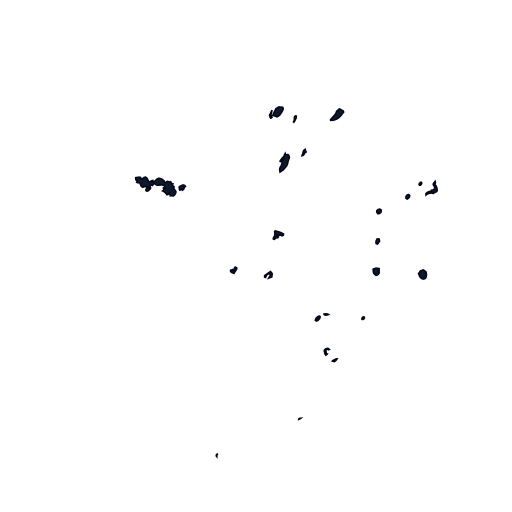 the Division of Eastern, rotated 42°
{"feature_id": "FJI-2618", "entity_name": "Eastern", "entity_type": "Division", "adm_level": 1, "iso_a3": "FJI", "parent_name": "Fiji", "parent_adm1": "", "projection": "equal_earth", "projection_center": [179.768, -18.91], "detail": "fine", "context": "isolated", "style": "filled", "palette": "ink", "viewbox_px": 512, "rotation_deg": 42, "n_neighbors": 0, "source": "natural_earth", "source_scale": "10m", "svg_char_len": 5766}
<svg xmlns="http://www.w3.org/2000/svg" viewBox="0 0 512 512"><g transform="rotate(42 256 256)"><path d="M149.6,261.0L150.2,260.9L152.9,261.5L153.7,261.9L154.3,263.2L154.7,265.1L154.5,266.7L153.0,267.7L151.9,268.7L151.4,268.1L150.6,267.8L149.1,267.4L149.5,268.3L149.5,269.1L149.2,269.7L148.6,270.2L147.7,269.8L146.1,269.7L144.3,269.8L143.0,270.2L143.2,269.5L143.4,268.1L143.5,267.4L142.9,267.9L142.4,268.0L142.0,267.8L141.5,267.4L141.8,267.0L142.2,266.4L142.5,266.1L140.5,265.1L138.6,266.1L135.4,269.5L134.3,269.9L133.1,269.9L132.2,270.1L131.8,271.2L131.8,273.2L131.7,273.7L131.4,272.3L130.7,273.0L130.4,274.1L130.6,275.1L131.1,275.6L132.2,275.9L132.5,276.8L132.4,279.3L132.2,280.0L131.7,280.7L131.0,281.1L130.4,281.0L129.7,280.4L129.6,279.5L129.8,277.0L128.7,278.1L128.3,278.3L127.3,278.3L126.6,279.3L126.2,280.2L125.7,280.8L124.6,281.0L123.4,280.8L121.5,279.8L120.5,279.6L118.9,280.9L118.0,281.1L117.7,279.6L117.2,279.6L116.6,280.0L115.8,279.8L115.0,279.2L114.1,278.3L116.4,275.5L117.7,274.8L119.2,275.6L119.9,274.8L120.2,272.6L120.8,271.5L121.6,271.1L122.4,271.0L126.6,272.4L127.3,272.3L127.7,271.5L127.8,270.6L128.1,269.6L128.8,268.8L129.8,269.8L130.5,268.9L130.8,267.1L130.8,265.3L131.8,263.1L134.5,261.8L137.4,261.6L139.5,262.7L140.1,259.8L140.6,259.4L141.7,259.3L142.0,259.1L142.3,258.6L142.6,258.1L143.3,257.9L144.0,258.1L144.6,258.4L145.3,258.5L146.0,257.9L146.6,259.3L149.0,259.4L149.6,261.0ZM217.4,165.6L218.5,168.3L218.7,173.7L217.7,177.6L215.6,175.9L214.8,174.6L214.2,171.9L213.8,170.7L212.4,168.4L211.9,167.3L211.5,165.6L211.2,166.6L211.4,168.7L211.2,169.4L210.6,169.6L210.2,168.9L209.9,166.0L210.0,163.2L209.8,162.7L209.2,161.2L209.0,160.2L209.8,160.8L210.3,160.8L211.9,159.1L212.3,159.1L212.8,159.3L213.8,159.5L214.9,160.4L216.7,164.6L217.4,165.6ZM225.2,94.7L225.1,97.3L224.6,99.6L223.8,101.5L222.7,103.3L220.7,105.3L220.1,104.8L220.1,98.8L220.0,97.2L219.6,95.8L219.0,94.4L219.3,93.0L219.2,91.7L219.8,90.6L222.8,90.1L223.5,89.8L224.2,89.9L225.0,90.6L224.9,91.2L225.2,94.7ZM175.0,128.6L175.5,128.0L176.6,127.6L178.0,128.6L178.7,130.9L179.0,132.3L179.1,133.7L179.4,135.0L179.2,136.5L178.9,137.6L178.5,138.6L176.6,139.3L175.7,139.7L174.4,140.4L173.7,138.7L173.2,137.0L172.2,133.0L173.1,130.0L175.0,128.6ZM392.9,154.0L393.8,154.6L395.2,155.8L396.4,157.5L396.9,159.1L396.2,160.9L394.5,161.9L392.5,162.0L390.8,161.5L388.5,160.3L388.1,157.1L389.6,154.3L392.9,154.0ZM343.2,83.4L345.5,84.8L346.7,85.8L347.2,87.1L346.0,90.4L345.9,91.0L344.5,91.6L343.1,93.2L341.9,95.2L341.6,97.1L340.5,95.9L340.7,94.0L341.6,92.1L342.6,91.0L342.3,89.7L342.7,89.1L343.3,88.7L343.6,88.2L343.6,86.8L343.5,86.2L342.6,85.4L341.9,84.9L340.3,84.6L339.6,84.1L339.3,83.3L339.2,81.4L339.1,80.6L340.1,81.2L340.8,82.3L341.6,83.3L343.2,83.4ZM261.8,221.2L262.1,221.9L262.5,222.4L261.9,223.6L260.1,224.2L259.3,225.1L258.0,226.5L258.5,227.3L259.5,226.7L259.9,226.7L260.1,227.8L258.7,229.4L258.6,231.4L257.3,231.8L256.5,230.1L256.5,228.4L255.6,227.7L255.1,226.7L253.6,225.6L253.4,224.5L254.9,223.7L257.7,222.3L260.6,221.4L261.8,221.2ZM357.6,184.8L358.9,186.0L359.2,187.8L358.7,189.5L357.9,190.2L355.3,190.2L354.7,190.0L354.1,189.5L353.6,189.1L353.3,188.9L351.8,187.4L353.3,184.6L355.9,182.9L357.6,184.8L357.6,184.8ZM156.7,253.1L157.3,253.9L157.6,254.7L157.5,255.5L157.3,256.5L156.3,256.1L155.8,257.0L155.4,258.1L154.7,257.9L152.7,256.2L152.8,255.0L153.5,253.5L153.7,252.8L154.4,251.8L155.9,251.2L157.1,251.5L156.7,253.1ZM276.1,262.0L276.1,261.9L277.1,257.8L279.9,258.2L281.8,261.0L280.2,264.1L279.6,260.7L278.0,260.3L276.7,261.7L276.9,263.7L277.5,265.6L276.5,266.0L275.5,264.8L276.1,262.0ZM249.5,277.6L250.3,278.4L250.7,280.1L251.0,282.2L251.3,283.7L249.1,284.5L248.2,284.6L247.1,284.3L246.8,283.9L246.7,283.1L247.2,282.7L247.4,282.7L247.7,281.7L248.0,281.9L248.9,282.2L249.2,282.4L248.8,280.9L248.0,279.3L247.9,278.1L249.5,277.6ZM316.4,142.7L315.4,141.6L315.6,139.7L316.6,138.2L318.2,138.0L319.6,139.6L319.5,141.7L318.4,143.1L316.4,142.7ZM342.2,261.9L342.4,259.7L343.2,258.2L344.3,258.1L345.2,259.8L345.2,262.6L344.2,264.1L343.0,264.1L342.2,261.9ZM336.6,161.3L338.0,162.3L338.3,164.7L338.3,166.0L336.9,166.4L336.0,165.7L335.2,164.6L334.5,162.4L335.9,160.9L336.6,161.3ZM370.6,277.6L371.0,279.1L372.2,280.4L373.6,281.3L374.6,281.0L374.4,283.0L373.0,282.8L370.3,281.0L369.7,280.1L369.9,278.2L371.1,276.5L373.1,276.3L372.7,277.2L372.2,277.4L371.5,277.4L370.6,277.6ZM328.8,112.8L327.6,111.5L327.4,109.7L328.1,108.3L329.7,108.1L330.5,109.2L330.7,111.1L330.3,112.6L328.8,112.8ZM223.7,145.1L223.7,145.6L223.6,145.8L223.2,146.4L223.4,147.1L223.7,148.0L223.8,149.0L223.7,149.8L223.1,150.8L222.7,150.2L222.2,148.5L221.6,147.6L221.0,146.3L220.8,145.0L221.2,143.7L222.4,144.6L223.7,145.1ZM171.2,138.2L172.4,140.7L174.0,141.9L175.2,142.3L175.1,143.0L175.0,143.4L174.7,143.7L174.2,143.0L173.7,143.5L173.2,143.3L172.9,142.7L171.9,142.5L170.8,138.7L170.3,136.8L171.2,138.2ZM192.0,127.8L191.4,126.5L191.5,125.4L192.1,125.0L193.1,125.8L193.6,126.8L194.5,129.9L194.7,131.3L194.1,131.3L193.8,130.1L193.4,129.3L192.8,128.5L192.0,127.8ZM383.1,282.1L384.4,278.7L385.1,278.1L385.3,280.0L385.1,281.9L384.5,282.4L383.8,282.5L383.1,283.2L382.9,282.9L382.9,282.7L383.1,282.1ZM328.8,93.0L328.9,91.1L329.6,90.5L330.5,90.9L331.0,92.2L330.8,93.4L330.2,94.0L329.4,93.9L328.8,93.0ZM376.8,232.1L376.1,230.5L376.5,229.3L377.4,228.9L378.2,229.7L378.3,230.7L378.0,231.6L377.4,232.1L376.8,232.1ZM347.6,253.2L347.0,253.6L346.4,253.9L345.9,253.9L345.3,253.7L346.1,252.7L347.0,251.9L348.0,251.2L349.1,250.9L348.8,251.5L348.4,252.1L348.0,252.7L347.6,253.2ZM360.4,431.3L359.8,430.7L359.5,430.0L359.6,429.3L360.0,428.5L360.0,429.3L360.3,430.2L360.7,430.9L361.2,431.4L360.4,431.3ZM397.1,348.9L396.8,348.5L396.9,347.8L397.3,347.2L397.9,346.5L397.8,347.1L397.6,347.7L397.1,348.9Z" fill="#0f172a" stroke="#020617" stroke-width="1.5"/></g></svg>